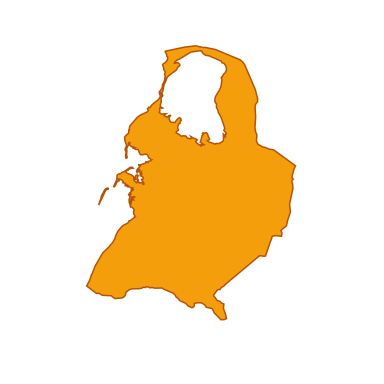 the Province of Balkan, rotated 33°
{"feature_id": "TKM-351", "entity_name": "Balkan", "entity_type": "Province", "adm_level": 1, "iso_a3": "TKM", "parent_name": "Turkmenistan", "parent_adm1": "", "projection": "mercator", "projection_center": [54.104, 39.835], "detail": "fine", "context": "isolated", "style": "filled", "palette": "amber", "viewbox_px": 384, "rotation_deg": 33, "n_neighbors": 0, "source": "natural_earth", "source_scale": "10m", "svg_char_len": 6106}
<svg xmlns="http://www.w3.org/2000/svg" viewBox="0 0 384 384"><g transform="rotate(33 192 192)"><path d="M160.4,54.9L163.5,55.3L166.6,56.4L189.4,71.7L196.4,78.2L197.8,80.6L197.6,83.8L198.3,85.9L204.5,94.4L209.9,104.0L212.6,106.9L215.3,108.7L218.3,114.2L220.4,115.5L221.7,116.0L227.0,115.7L229.4,114.7L233.3,114.1L237.1,112.3L238.5,112.2L264.6,113.7L265.0,117.1L267.5,124.6L268.2,125.4L269.9,126.1L269.5,128.0L269.7,128.7L271.6,130.0L274.8,134.2L280.4,149.0L285.4,155.1L287.7,163.8L289.6,168.8L287.5,175.9L289.9,177.5L291.1,180.4L286.0,183.0L283.5,185.2L283.6,186.4L284.3,188.2L284.9,191.5L288.5,205.6L287.4,206.7L283.8,208.3L283.2,209.1L270.4,250.9L270.0,253.4L268.5,256.4L268.6,258.5L267.1,259.5L266.7,260.3L266.2,266.5L267.1,267.6L268.7,267.8L271.7,269.2L275.2,268.5L277.2,269.1L279.8,268.6L281.7,272.5L286.3,275.8L289.9,279.4L288.5,281.5L285.8,283.4L276.3,281.2L272.8,278.9L270.8,279.3L266.8,280.9L264.4,279.7L260.5,279.8L257.6,281.4L254.9,283.8L254.7,284.5L255.8,285.9L256.0,286.8L255.5,288.6L254.8,289.1L251.2,289.7L247.3,288.8L240.7,289.8L238.3,288.8L236.1,288.8L233.9,287.6L231.3,287.1L221.7,288.8L219.1,288.9L213.2,292.9L209.9,294.1L209.5,295.0L205.8,295.9L204.7,297.7L203.1,298.2L202.6,299.5L200.6,301.7L194.3,306.0L192.5,308.3L191.4,311.8L191.4,313.0L192.3,314.4L192.2,316.4L191.4,318.6L185.8,323.1L184.3,323.4L180.8,323.0L173.7,327.1L172.2,327.6L169.4,327.5L167.1,329.1L154.8,328.2L154.2,321.5L152.8,316.3L152.6,314.0L151.1,306.9L150.3,291.7L152.5,282.4L152.3,280.9L152.8,279.2L152.9,276.9L152.7,273.0L151.9,270.8L151.2,265.3L152.0,258.8L152.7,257.1L154.6,253.9L155.3,252.0L154.9,250.4L155.6,249.9L157.7,244.3L157.3,244.5L157.2,243.4L156.7,242.8L155.2,242.3L154.9,241.6L154.1,241.2L153.0,238.3L152.5,237.9L149.5,237.5L148.7,238.1L147.8,236.9L146.8,233.8L146.3,234.2L147.2,236.7L145.9,235.6L145.6,234.6L146.1,233.1L145.8,231.6L147.2,230.5L145.9,230.4L145.9,229.2L146.9,226.8L144.2,229.0L144.7,229.4L145.2,235.3L143.2,232.3L142.6,229.5L141.7,229.4L142.0,227.1L141.6,226.8L140.3,229.4L140.3,226.5L141.1,223.4L140.0,224.5L140.9,221.9L139.7,222.3L140.2,221.1L140.1,220.7L138.9,221.9L138.5,221.5L136.3,221.9L135.5,222.6L135.1,222.6L135.1,221.5L134.8,221.5L134.1,222.6L132.8,223.0L133.4,221.5L132.2,221.5L131.7,221.9L131.1,221.2L128.8,221.9L128.9,220.9L126.5,220.1L122.8,221.2L124.8,222.3L124.0,223.5L123.6,225.1L124.2,228.3L124.1,229.6L123.7,230.2L123.3,230.1L122.2,222.4L120.2,219.1L120.1,218.2L120.5,217.1L122.1,215.4L122.6,213.6L124.0,211.9L126.6,205.3L128.1,203.8L129.6,204.1L128.1,205.2L126.9,206.9L126.4,208.9L125.4,210.0L125.6,211.4L127.1,211.6L131.7,210.7L134.4,210.8L135.2,211.1L136.5,213.4L137.1,213.8L140.3,214.5L140.7,214.5L140.9,213.9L140.7,213.0L140.0,212.7L140.5,211.3L142.3,213.0L143.1,213.0L144.3,211.8L145.2,211.5L146.9,212.3L147.4,211.8L147.2,211.2L146.3,210.4L143.6,209.6L142.9,208.9L143.9,208.3L143.6,206.9L142.5,206.2L140.5,206.4L140.2,204.4L138.9,202.9L139.1,205.6L136.2,202.1L135.1,201.8L135.7,203.3L134.5,202.6L134.5,203.6L135.3,204.7L135.4,205.6L134.0,204.6L133.8,202.6L134.5,198.5L133.0,198.7L132.5,198.1L133.9,197.4L137.4,192.8L136.8,191.8L139.0,191.2L138.5,190.3L140.3,188.3L140.6,187.2L140.0,187.6L139.3,186.9L137.1,186.9L134.8,185.3L133.4,185.1L132.0,185.8L130.2,187.8L128.3,188.8L126.5,187.8L123.7,185.6L121.8,186.9L118.7,187.2L119.9,185.8L115.4,186.9L114.1,186.5L112.9,184.3L112.1,185.0L112.1,185.6L113.1,187.4L113.6,191.2L115.4,193.6L117.0,196.6L118.7,198.1L118.7,198.5L116.7,197.3L118.5,199.2L118.2,199.6L116.8,198.3L115.1,194.6L114.5,193.9L113.0,193.2L112.5,192.3L112.0,189.1L111.6,188.5L107.6,185.3L105.5,182.6L105.9,180.2L106.8,177.1L105.2,174.5L105.7,174.0L104.7,172.6L103.9,170.5L105.5,158.9L107.0,155.2L110.8,149.3L111.0,147.3L109.3,146.4L109.7,144.8L109.5,144.5L111.0,143.9L110.7,142.0L111.7,137.8L113.3,133.6L113.6,131.7L113.0,125.6L114.9,127.0L115.1,127.6L114.7,129.5L115.2,130.5L117.0,132.9L118.2,136.7L119.6,137.8L121.6,137.5L121.0,138.2L119.2,139.0L119.5,139.9L120.8,141.2L121.0,142.9L121.5,143.1L124.1,143.2L127.6,140.5L126.8,142.8L127.2,143.2L130.4,142.8L130.7,142.5L130.9,140.7L132.0,139.5L132.5,139.7L132.2,141.6L133.2,143.5L135.8,145.0L136.7,144.9L139.8,142.9L140.1,138.5L141.1,136.4L142.7,136.6L144.0,137.8L143.7,139.0L144.0,140.1L144.6,140.9L143.7,142.4L144.8,145.6L145.5,146.6L146.7,147.1L146.9,147.7L146.0,149.8L146.7,151.1L150.2,150.7L152.7,151.1L154.0,149.6L156.2,148.5L158.9,149.3L162.1,148.0L162.4,147.1L160.7,146.1L164.3,146.1L165.6,145.4L168.1,145.4L167.5,147.5L169.0,148.3L175.3,148.5L173.6,147.7L174.1,146.9L175.8,146.5L176.4,145.8L171.7,145.8L171.1,143.1L169.7,139.3L169.9,137.5L168.8,137.3L168.9,136.4L169.9,136.3L171.5,134.6L172.3,134.4L173.5,135.0L176.1,137.0L177.9,137.8L178.1,138.6L176.8,140.5L178.3,140.9L185.2,139.3L186.0,138.0L188.1,136.8L189.7,134.1L190.3,132.3L189.7,130.6L186.8,126.4L188.8,127.1L190.6,128.3L188.6,125.9L188.6,125.3L189.1,124.9L188.4,124.0L185.1,123.0L185.0,121.3L183.6,119.7L175.2,113.2L170.8,111.0L169.2,109.4L166.4,107.7L164.5,104.7L163.0,104.4L161.5,103.2L160.1,100.6L159.7,98.6L159.5,91.6L158.8,87.6L155.6,80.9L154.3,80.4L154.2,79.7L154.6,78.1L154.3,76.0L154.9,74.0L154.5,70.9L152.8,68.7L150.8,67.4L148.7,66.7L146.9,67.3L145.1,66.3L132.2,68.5L128.9,70.0L125.7,69.8L123.4,68.6L121.6,69.3L114.8,75.3L109.0,87.6L107.4,89.9L106.8,92.7L107.0,93.5L107.5,93.4L109.4,91.2L111.5,91.4L112.5,91.9L113.0,92.7L112.1,95.2L112.4,97.5L112.3,98.8L109.5,106.0L108.7,109.2L109.7,113.5L110.0,117.0L112.7,123.6L112.5,124.7L111.6,126.3L111.6,127.6L110.1,126.1L110.3,121.3L109.5,119.2L108.7,118.0L108.7,115.8L107.7,111.9L107.2,111.5L106.5,109.3L104.9,108.4L104.6,106.6L103.7,105.6L101.7,104.8L100.2,102.9L98.1,101.4L98.1,100.0L99.2,97.9L99.4,94.3L98.1,92.0L96.8,91.8L96.1,90.9L94.9,89.8L93.5,89.3L92.9,88.5L106.6,74.8L115.6,67.3L122.2,64.9L124.5,63.5L133.8,59.8L160.4,54.9ZM117.8,236.5L118.9,234.7L119.9,234.5L120.1,234.9L120.2,235.3L119.0,236.2L118.8,238.4L120.8,253.0L120.5,253.0L119.1,247.1L118.2,244.8L117.6,237.7L117.8,236.5ZM136.1,208.1L137.1,207.4L137.6,208.1L138.0,207.8L138.3,209.3L139.1,210.6L138.9,211.2L137.7,212.3L137.1,212.3L135.9,208.7L136.1,208.1Z" fill="#f59e0b" stroke="#b45309" stroke-width="1.5"/></g></svg>